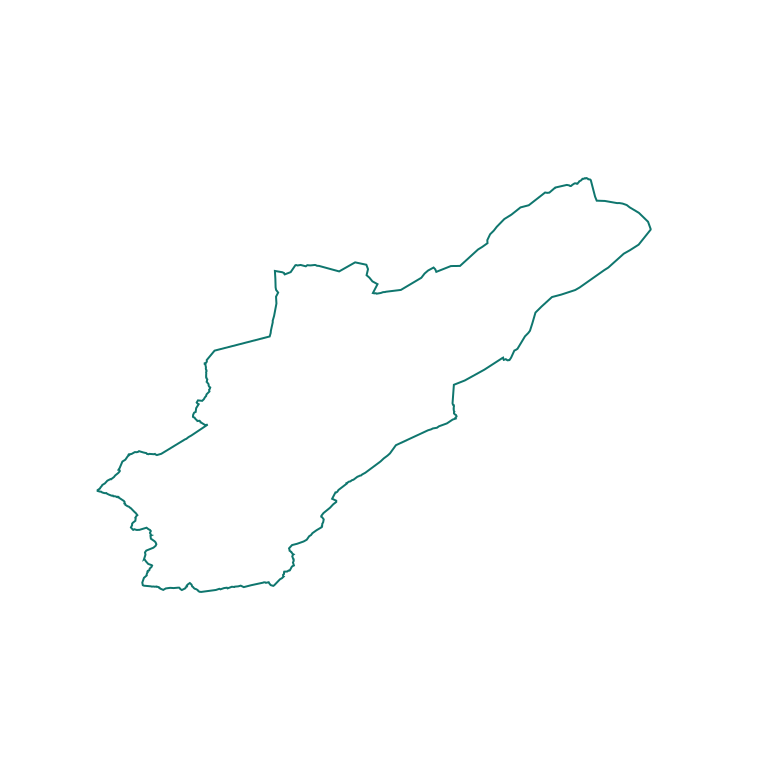 the district of Bjerkreim nor, Rogaland, Norway, rotated 338°
{"feature_id": "86288312B57729087865321", "entity_name": "Bjerkreim nor", "entity_type": "district", "adm_level": 2, "iso_a3": "NOR", "parent_name": "Norway", "parent_adm1": "Rogaland", "projection": "natural_earth1", "projection_center": [6.133, 58.655], "detail": "fine", "context": "isolated", "style": "outline", "palette": "teal", "viewbox_px": 768, "rotation_deg": 338, "n_neighbors": 0, "source": "geoboundaries", "source_scale": "gbopen_adm2", "svg_char_len": 6089}
<svg xmlns="http://www.w3.org/2000/svg" viewBox="0 0 768 768"><g transform="rotate(338 384 384)"><path d="M135.1,507.5L136.6,508.3L151.0,512.0L154.4,512.2L154.8,512.3L155.4,513.1L159.2,513.3L162.0,514.0L162.4,514.9L167.0,515.0L169.3,516.2L169.8,516.0L173.0,517.0L175.6,517.3L177.9,519.8L185.4,520.8L197.5,522.9L198.4,522.9L199.6,523.5L200.0,524.1L202.8,524.6L202.9,525.7L203.6,528.0L205.7,529.7L206.8,529.5L214.4,526.1L216.7,525.8L218.7,525.0L218.4,524.7L219.0,523.1L220.1,522.7L220.9,520.9L221.2,520.6L224.0,521.6L225.6,521.2L226.0,521.5L226.6,521.5L226.6,521.3L227.4,521.1L229.9,519.0L230.8,518.6L232.5,518.5L232.7,515.4L233.9,514.3L234.2,513.7L234.1,513.0L234.6,512.6L234.3,511.4L234.4,509.4L235.1,508.8L235.4,508.3L236.3,508.1L235.6,507.2L235.2,505.4L235.0,505.2L235.1,504.9L234.0,503.2L234.3,502.2L234.4,500.8L238.4,498.9L243.6,499.6L250.5,499.9L253.6,499.5L254.1,499.4L257.6,497.1L259.8,496.7L261.7,495.5L266.7,494.3L272.7,493.4L273.2,492.9L273.1,492.4L273.9,491.7L274.3,490.6L275.8,489.4L277.4,486.9L276.7,484.3L276.1,483.5L276.6,482.7L279.5,481.0L287.6,478.5L291.9,476.5L295.5,475.5L296.0,474.3L292.9,471.0L298.4,466.3L299.1,466.7L300.4,466.4L302.1,465.2L312.2,462.4L312.1,461.9L313.2,461.8L314.8,461.4L316.3,461.7L318.1,461.2L319.9,461.3L324.7,460.0L326.0,460.1L326.9,459.9L328.6,460.2L329.8,459.7L333.4,459.3L351.8,454.5L355.9,452.9L360.5,451.7L363.5,450.6L372.1,445.2L407.5,443.4L410.7,443.7L412.6,443.5L416.7,444.4L419.1,443.8L427.6,444.1L434.3,442.7L437.6,442.9L437.5,442.1L439.1,441.3L439.2,440.9L439.1,439.7L438.2,438.5L437.9,437.4L438.2,436.7L438.9,435.9L438.7,435.5L439.0,433.8L439.4,433.3L439.4,432.7L440.6,430.7L440.5,430.2L440.8,429.8L440.7,429.5L440.2,429.1L440.3,427.6L448.5,410.9L460.2,411.0L482.5,408.3L503.8,404.2L504.3,404.2L504.0,405.5L504.1,406.5L506.2,406.6L506.8,407.4L507.0,407.9L507.7,408.5L508.6,408.5L509.3,408.8L511.7,407.2L517.4,401.8L518.7,401.8L520.9,401.4L532.6,392.6L537.0,390.7L539.3,389.3L544.2,383.4L551.2,374.5L559.1,371.2L572.3,366.3L581.8,367.5L596.5,368.5L601.5,367.8L631.0,360.9L635.5,360.1L655.1,353.0L662.0,352.1L672.3,350.2L689.0,340.8L689.3,340.2L689.6,332.5L684.5,320.9L678.0,312.3L676.1,309.0L672.8,306.1L670.2,304.5L667.9,303.6L657.3,297.0L649.9,293.7L649.9,289.3L652.1,272.5L651.7,271.6L650.1,270.7L650.0,270.2L649.4,269.7L649.1,269.0L648.1,268.7L647.4,268.8L647.1,268.4L645.6,268.5L644.9,268.1L643.2,269.0L640.8,269.3L640.1,269.9L639.0,270.3L638.4,270.8L637.8,270.6L637.3,269.9L635.8,269.4L633.1,269.9L631.9,270.4L631.3,270.4L630.5,269.9L630.2,269.3L628.1,267.9L616.9,266.1L616.2,266.3L616.1,266.1L609.0,268.5L606.9,267.9L605.1,266.8L585.2,272.5L576.7,271.4L565.6,274.7L557.4,276.1L547.4,280.5L543.3,282.9L538.5,284.9L533.7,289.3L532.7,292.2L526.4,293.7L521.6,294.5L498.7,303.0L490.2,299.7L474.5,299.6L474.5,296.9L473.6,294.6L467.4,295.3L463.0,296.8L458.4,299.5L434.9,303.1L420.4,299.2L419.2,299.1L417.7,298.5L415.1,298.4L411.0,297.5L410.5,296.8L408.9,296.3L407.8,295.5L415.4,289.0L411.7,284.5L410.3,279.9L408.6,276.6L412.2,271.5L412.3,266.8L402.8,260.4L384.6,262.8L367.9,250.1L366.2,249.3L365.1,248.1L364.4,247.7L360.2,246.5L357.4,245.1L355.6,245.6L351.3,242.4L348.2,241.7L347.1,240.8L346.3,240.7L339.4,245.3L333.0,245.2L332.8,244.6L332.9,243.7L331.6,242.3L325.2,238.3L322.6,246.0L319.7,253.8L319.2,256.3L320.1,259.6L316.6,262.6L314.4,269.1L307.6,279.7L304.4,283.8L304.1,284.9L299.1,292.2L298.0,294.3L295.8,297.1L239.4,289.6L228.6,295.4L228.1,296.9L227.0,297.7L225.5,297.6L225.2,298.3L225.4,298.6L225.8,298.8L225.8,299.1L225.5,299.8L225.2,301.7L224.6,302.9L224.3,304.2L224.6,304.7L224.1,305.9L223.5,306.3L223.1,307.8L222.3,309.3L222.2,309.9L221.6,310.9L221.8,311.4L221.5,312.3L221.9,313.5L220.4,315.5L220.7,315.9L220.7,316.7L221.2,317.8L221.2,318.7L220.8,319.8L220.9,321.0L221.6,322.1L220.7,323.2L219.6,323.9L219.4,325.5L215.8,327.0L214.9,327.9L214.6,328.5L212.9,329.3L211.3,330.6L209.1,331.5L205.4,329.5L203.4,331.0L203.7,332.1L204.6,333.3L200.8,336.0L198.9,339.4L197.5,339.4L196.9,339.7L195.4,341.2L194.6,342.8L194.7,343.3L195.7,344.1L196.1,345.8L197.0,347.8L197.4,348.2L197.3,348.5L199.2,349.0L199.7,350.2L199.5,350.9L200.2,351.5L202.8,355.1L205.3,355.6L186.0,359.6L182.9,360.0L180.2,360.8L178.7,360.8L151.3,365.3L146.8,364.8L145.5,363.5L145.4,363.0L144.1,362.8L140.3,360.9L139.4,360.9L138.1,360.1L137.8,359.1L135.2,357.3L131.7,354.5L130.4,354.8L129.2,354.6L127.4,353.8L123.7,354.3L121.0,353.6L120.4,354.1L120.4,354.4L120.6,354.6L119.3,355.0L115.8,357.3L112.4,357.9L107.4,362.9L105.7,364.1L106.4,364.6L106.6,365.1L106.3,365.9L104.4,366.9L100.5,368.1L98.8,369.1L95.2,370.1L94.8,369.7L91.3,370.0L88.0,371.6L85.0,372.1L84.0,372.9L82.2,373.8L81.5,374.5L78.7,375.1L78.4,375.9L80.5,377.5L81.2,377.7L82.1,379.0L83.6,380.2L84.6,380.8L85.7,381.1L86.2,382.1L87.5,383.5L89.6,385.5L90.8,385.9L91.0,386.7L92.5,387.3L93.7,388.3L93.8,388.6L94.7,388.7L95.4,389.1L95.1,389.6L95.7,390.2L99.0,395.0L99.3,396.3L98.5,397.5L99.1,398.1L98.9,399.1L100.4,401.2L101.6,402.3L102.3,403.8L102.7,404.2L105.0,409.8L105.3,410.1L106.2,413.2L104.9,413.7L103.3,414.9L103.5,415.4L102.2,417.7L99.0,418.6L98.3,419.1L98.1,419.2L97.5,420.6L95.6,422.2L96.6,425.0L96.8,425.3L98.0,425.1L99.9,426.6L102.5,427.6L110.0,428.3L111.3,430.5L112.3,431.6L112.7,433.0L111.2,434.4L111.3,435.8L111.5,436.1L111.2,437.0L111.5,437.2L110.6,437.3L109.9,440.1L112.4,443.9L112.9,445.3L112.9,447.3L111.6,448.5L108.9,449.4L101.2,449.4L99.3,450.6L98.9,452.9L95.8,456.6L96.2,456.5L96.9,459.5L98.0,462.5L100.7,464.9L101.0,465.4L99.8,466.6L97.7,467.3L96.7,468.7L96.2,468.9L95.6,468.7L94.9,468.8L94.4,469.3L94.5,469.9L93.7,470.4L92.8,471.4L92.4,472.0L92.3,472.6L88.8,473.8L85.5,477.6L85.0,480.2L85.9,481.1L92.1,484.3L92.7,484.8L94.8,485.6L95.5,486.1L97.3,486.6L97.4,487.0L97.8,487.1L99.1,488.0L99.4,488.7L99.3,489.0L99.7,489.2L99.8,489.8L102.2,492.2L105.1,491.8L109.4,492.9L112.5,494.4L117.1,495.8L117.9,496.2L118.4,497.9L119.4,499.3L123.3,499.0L123.9,498.2L125.4,498.0L125.7,497.7L125.6,497.0L127.2,496.3L129.4,495.8L130.4,497.9L130.3,499.8L130.9,500.7L131.3,502.1L131.9,503.0L132.8,503.7L134.0,505.2L134.4,506.7L134.9,507.1L135.1,507.5Z" fill="none" stroke="#0f766e" stroke-width="2"/></g></svg>